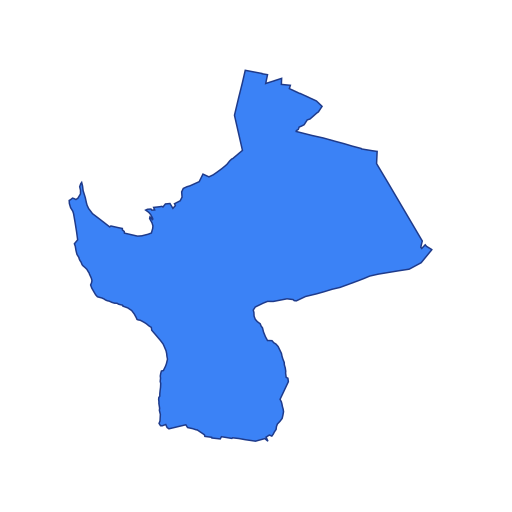 the district of Atzala, Puebla, Mexico, rotated 338°
{"feature_id": "50627088B72086785897406", "entity_name": "Atzala", "entity_type": "district", "adm_level": 2, "iso_a3": "MEX", "parent_name": "Mexico", "parent_adm1": "Puebla", "projection": "natural_earth1", "projection_center": [-98.548, 18.547], "detail": "fine", "context": "isolated", "style": "filled", "palette": "blue", "viewbox_px": 512, "rotation_deg": 338, "n_neighbors": 0, "source": "geoboundaries", "source_scale": "gbopen_adm2", "svg_char_len": 3902}
<svg xmlns="http://www.w3.org/2000/svg" viewBox="0 0 512 512"><g transform="rotate(338 256 256)"><path d="M197.7,432.2L197.5,427.7L201.3,427.0L203.2,428.9L205.3,427.6L207.0,426.1L209.7,424.3L211.0,421.9L212.9,419.8L216.4,418.2L219.4,416.4L221.3,413.7L223.2,410.7L223.8,408.2L224.1,405.5L224.6,403.0L224.9,400.6L224.6,397.9L238.9,384.7L239.8,381.3L238.5,379.8L239.6,375.6L240.4,374.0L241.2,370.7L241.5,367.6L242.3,365.2L242.3,361.6L242.6,358.5L243.1,355.8L242.9,352.7L242.6,348.2L241.5,345.1L240.0,343.1L239.1,340.5L237.2,339.6L235.0,338.7L234.5,334.4L234.5,329.3L235.1,325.0L234.5,322.9L234.5,320.4L232.6,317.3L231.6,314.3L231.7,311.0L232.9,307.5L233.2,305.1L236.2,303.0L244.9,302.4L249.7,302.4L254.9,304.6L268.7,307.3L274.1,310.3L274.7,311.7L276.6,312.7L286.8,312.1L298.2,313.8L305.5,314.6L313.9,315.3L322.1,316.6L340.9,317.2L347.8,317.3L353.9,317.2L362.5,318.6L382.1,323.0L393.1,325.6L406.6,324.1L421.4,316.0L421.2,315.6L417.7,310.9L417.1,309.0L412.5,311.1L412.2,309.9L412.1,309.6L414.9,305.6L415.8,304.4L405.9,238.0L402.4,215.5L407.5,204.4L407.1,204.2L403.0,201.8L394.0,196.3L393.8,195.7L386.3,190.1L379.7,184.8L373.3,180.0L362.5,171.7L352.9,165.1L345.8,159.9L339.9,155.6L340.3,154.9L342.7,154.4L344.3,152.6L346.8,152.6L349.8,152.3L354.5,149.0L357.4,149.2L365.9,146.2L367.8,145.8L373.3,142.0L370.1,134.9L358.0,122.0L357.7,121.7L357.4,121.7L349.6,113.3L351.8,110.6L343.8,106.4L346.3,100.9L329.6,99.7L334.6,92.2L329.9,89.3L329.9,89.0L315.6,79.8L308.1,90.5L299.3,102.6L289.0,117.1L288.7,117.7L283.0,153.0L274.5,155.8L272.3,156.5L271.3,156.9L269.7,157.0L267.2,158.0L263.3,160.2L257.4,162.1L251.6,163.6L246.8,164.7L242.0,165.0L237.5,160.2L231.2,165.8L221.0,166.2L218.0,165.9L213.9,166.1L211.1,168.7L209.5,173.7L206.4,176.4L200.0,177.0L200.1,177.6L200.1,179.1L196.8,180.7L195.9,175.1L191.5,173.8L188.1,175.7L187.3,174.7L185.0,174.2L179.3,172.6L179.3,175.3L176.6,174.5L176.2,173.1L172.8,172.0L170.9,172.1L172.9,175.3L173.8,177.9L174.3,182.4L173.9,183.4L173.6,183.5L172.3,180.1L171.4,181.4L172.0,186.4L171.7,189.5L170.5,191.8L167.6,195.5L164.0,195.4L157.6,194.5L153.6,193.2L142.6,185.5L143.0,183.9L141.9,181.7L142.4,180.4L139.5,178.5L132.7,173.8L131.2,174.2L129.5,171.2L124.2,162.1L120.2,155.4L120.0,154.5L119.2,151.5L118.6,149.4L118.4,145.6L118.7,143.1L119.6,137.8L120.2,130.6L121.4,126.1L121.9,122.5L120.6,123.3L118.5,125.7L117.9,129.3L116.5,132.7L112.5,135.7L110.2,136.2L108.9,134.7L107.6,133.6L105.3,134.3L103.6,134.5L102.6,137.5L102.2,141.8L102.9,145.8L102.7,148.4L102.0,151.7L100.7,157.7L98.6,166.8L96.7,174.2L92.2,176.6L92.1,179.2L91.2,183.2L90.9,185.2L90.6,187.5L90.9,189.3L91.2,191.0L91.0,192.4L91.1,194.3L91.5,196.2L91.5,198.9L91.9,200.2L93.2,202.7L94.2,205.0L94.6,207.9L94.9,209.0L94.8,210.3L94.9,212.1L95.0,215.0L94.7,217.3L93.5,219.2L91.8,220.9L91.7,224.2L92.3,228.6L92.8,231.9L93.7,234.4L95.5,235.8L97.3,237.1L99.0,238.9L100.0,240.4L101.4,241.8L102.5,242.5L103.4,243.3L105.0,245.0L107.1,246.7L109.5,247.8L110.4,249.1L111.3,249.8L113.7,251.5L114.0,252.1L113.8,252.6L117.7,256.1L119.3,258.5L120.3,260.0L121.4,264.1L121.9,268.5L121.9,270.2L122.7,271.0L123.6,271.6L124.5,272.1L125.8,273.6L126.7,274.7L127.8,276.1L129.0,277.8L130.5,280.6L132.2,283.0L131.5,285.7L135.7,298.3L136.3,300.5L136.9,302.8L137.0,305.0L137.1,310.1L136.6,313.1L136.2,314.4L135.8,315.9L135.3,318.5L132.6,322.3L130.8,324.3L128.0,326.8L127.3,327.5L125.2,327.2L123.6,329.3L122.3,331.4L121.7,333.6L120.2,336.4L119.9,338.5L118.3,342.0L116.5,345.2L115.2,347.7L114.3,349.9L112.9,350.8L112.0,352.5L111.4,354.8L110.7,356.4L110.1,359.0L109.6,361.1L108.6,362.9L108.0,367.0L105.2,373.0L103.4,374.9L103.9,377.6L105.4,378.3L109.2,378.4L109.3,381.7L110.5,383.6L127.7,386.2L128.3,389.4L132.8,392.5L135.6,394.9L136.2,395.0L141.2,402.4L141.0,404.1L147.0,407.5L146.9,408.2L154.3,412.2L156.3,410.6L165.3,416.1L166.2,415.8L171.9,418.9L177.1,422.2L186.2,427.5L195.8,428.6L197.7,432.2Z" fill="#3b82f6" stroke="#1e3a8a" stroke-width="1.5"/></g></svg>